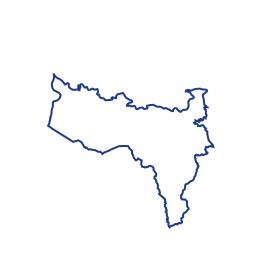 San Martín De Loba, Bolívar, Colombia, rotated 297°
{"feature_id": "7082276B59511587690039", "entity_name": "San Martín De Loba", "entity_type": "district", "adm_level": 2, "iso_a3": "COL", "parent_name": "Colombia", "parent_adm1": "Bolívar", "projection": "orthographic", "projection_center": [-73.999, 8.811], "detail": "fine", "context": "isolated", "style": "outline", "palette": "blue", "viewbox_px": 256, "rotation_deg": 297, "n_neighbors": 0, "source": "geoboundaries", "source_scale": "gbopen_adm2", "svg_char_len": 5892}
<svg xmlns="http://www.w3.org/2000/svg" viewBox="0 0 256 256"><g transform="rotate(297 128 128)"><path d="M59.3,210.5L60.3,210.6L61.0,211.7L62.2,213.0L62.6,213.2L63.2,213.2L63.9,213.8L64.1,214.3L64.5,214.8L64.5,215.6L65.2,215.6L65.5,216.1L66.5,216.5L66.8,217.3L66.8,218.0L67.1,218.3L67.8,218.4L68.4,219.0L68.8,218.9L69.3,218.2L71.7,216.4L73.4,217.5L74.2,217.4L75.3,216.6L77.0,216.5L77.7,216.6L79.7,218.0L81.2,218.0L83.3,218.8L84.0,218.4L85.1,216.1L86.4,215.6L87.3,214.9L89.3,214.0L89.8,212.8L90.2,211.1L89.7,210.5L89.3,209.1L88.9,208.7L88.9,208.3L89.7,207.2L90.7,206.6L91.4,206.4L91.9,205.7L93.2,206.3L95.2,206.1L97.3,205.4L99.0,206.4L101.0,205.8L102.9,205.0L103.8,204.9L105.8,206.6L108.8,207.9L111.0,209.6L112.4,209.8L114.6,209.3L115.8,209.8L118.6,209.0L121.3,208.7L122.3,208.0L123.4,208.3L123.9,208.0L124.7,208.3L125.2,208.1L125.6,207.7L126.1,208.0L126.3,207.6L127.0,207.0L127.4,205.9L128.2,205.8L128.3,204.6L128.9,203.8L129.7,203.1L130.2,202.4L131.3,202.2L131.9,201.1L133.2,200.3L134.4,200.4L135.1,201.0L134.8,202.2L135.0,202.4L135.5,202.0L136.1,204.4L136.6,205.0L138.1,205.8L138.2,206.2L137.9,206.6L137.9,207.1L140.9,210.0L141.8,210.2L142.3,210.0L142.3,209.6L142.0,208.7L143.3,207.6L143.6,206.9L144.1,206.3L145.1,206.5L146.5,206.1L146.9,206.8L147.0,207.8L147.4,208.2L147.9,208.2L149.5,209.8L149.5,211.0L149.9,212.6L151.1,211.6L151.3,210.9L152.4,208.7L152.8,207.3L154.0,205.2L158.8,201.2L160.8,200.4L161.1,198.5L161.4,197.8L161.7,197.6L162.9,197.7L163.2,195.7L163.9,195.2L164.4,194.0L164.3,192.9L163.8,192.4L163.5,192.3L163.2,191.8L162.7,191.6L161.6,189.7L162.2,189.5L163.0,188.0L162.8,186.7L162.1,186.0L162.7,184.5L163.7,185.4L164.5,185.2L165.4,184.7L165.3,185.9L165.9,186.9L165.6,188.7L166.1,188.8L166.7,187.2L167.7,187.4L168.1,187.9L169.1,188.7L169.1,189.1L168.1,189.1L167.9,189.5L168.0,190.2L168.9,191.0L169.9,191.3L170.6,190.9L171.9,190.6L172.3,191.0L172.5,191.5L172.1,192.7L173.2,192.3L174.4,192.5L175.3,192.1L175.6,191.3L176.0,191.0L179.4,189.2L179.4,188.8L179.8,188.5L179.9,188.1L179.7,187.7L180.6,186.9L180.8,187.1L181.1,186.8L181.5,186.8L181.5,187.2L181.9,187.0L182.1,187.2L182.1,188.3L182.5,189.1L182.9,187.9L182.5,187.6L183.0,187.0L183.3,186.2L183.0,186.1L183.2,185.7L189.1,181.5L190.4,180.2L191.1,179.8L192.3,179.7L193.6,180.5L196.3,181.6L197.1,181.6L197.5,181.2L197.5,180.2L197.1,178.9L196.0,176.4L195.8,174.3L193.8,171.0L192.1,169.0L190.6,168.0L190.0,167.3L189.7,166.5L189.6,165.4L189.1,164.1L188.0,162.8L186.9,162.9L187.7,165.1L187.7,167.0L187.3,168.1L186.4,169.5L186.2,171.0L185.7,172.2L185.0,172.8L184.0,172.6L182.6,170.9L181.8,170.2L179.8,169.8L178.5,169.9L175.7,171.8L174.9,172.1L172.1,172.3L170.9,171.7L169.9,170.4L169.6,169.5L169.1,168.8L166.2,167.5L166.2,165.4L167.4,162.8L167.5,161.9L166.9,160.8L165.6,160.1L164.8,160.0L163.5,160.5L163.3,160.3L162.9,158.6L163.1,156.6L162.9,154.9L163.0,152.9L162.8,152.3L161.8,151.5L161.5,151.0L161.7,149.8L161.7,147.5L160.1,143.7L160.2,140.3L159.1,138.2L156.6,135.0L156.2,134.9L154.8,136.2L154.1,136.2L152.2,133.7L152.2,133.3L152.8,132.2L152.8,131.4L151.2,129.3L149.5,128.2L148.9,127.5L148.9,126.4L150.3,124.7L150.5,124.1L150.5,123.6L148.7,121.0L148.8,119.2L147.7,118.0L147.3,117.1L148.0,116.7L149.4,116.8L150.7,117.5L152.5,119.6L153.3,119.7L154.0,119.2L154.2,118.5L153.8,117.0L154.1,112.7L154.5,111.7L156.9,107.8L154.4,104.7L153.4,103.7L152.6,103.2L151.0,103.0L150.2,103.3L149.4,103.9L149.1,103.8L148.8,103.3L148.7,101.5L148.3,100.2L147.7,99.8L147.2,99.8L146.6,100.3L146.6,101.1L146.2,101.1L144.3,98.5L142.5,95.2L143.1,93.7L143.3,92.7L142.4,89.6L142.9,88.5L144.2,87.6L144.6,87.0L143.9,85.8L143.9,85.4L144.6,84.9L146.1,85.0L147.2,84.6L148.3,83.7L148.7,83.0L147.0,80.9L147.1,79.2L146.8,78.1L144.7,76.8L144.2,75.8L144.1,75.1L144.4,74.4L145.9,72.9L145.8,72.6L144.8,71.7L144.4,70.9L145.9,68.1L146.1,67.1L145.9,66.6L145.4,66.0L144.6,65.8L143.3,66.8L142.5,67.1L141.6,67.1L141.3,66.7L141.4,66.3L141.8,65.7L143.2,64.9L143.3,64.5L142.9,64.5L140.6,66.0L140.0,67.6L139.6,67.7L139.4,67.2L139.6,65.7L137.4,62.5L137.0,60.9L137.1,58.8L137.7,57.0L138.5,56.3L140.6,54.9L140.7,54.4L140.4,53.5L139.4,52.9L138.7,52.8L138.2,52.2L140.1,48.0L140.5,45.6L140.5,41.7L141.2,39.2L142.8,37.0L139.7,39.1L137.2,39.7L135.4,39.7L133.2,40.0L131.5,40.8L129.7,42.2L128.5,43.7L128.0,45.1L128.0,50.3L127.5,51.7L126.6,53.1L123.8,53.6L122.2,53.2L120.6,52.5L117.8,49.6L116.6,49.5L113.9,50.9L111.8,51.5L109.8,51.7L105.7,53.4L104.1,53.8L102.0,54.0L102.0,54.3L95.9,55.8L93.8,55.8L93.5,57.4L93.6,57.5L93.6,58.4L93.0,60.5L90.8,85.3L90.8,85.7L92.1,86.6L92.5,87.6L93.8,88.5L94.4,89.4L94.3,92.8L92.7,95.3L92.5,95.9L91.0,97.9L91.4,98.4L91.1,99.3L91.8,100.0L91.1,101.7L91.0,103.1L91.9,103.8L92.4,106.1L93.4,109.2L93.2,110.7L93.4,112.4L93.8,113.4L94.3,114.1L93.3,117.0L95.0,117.7L97.9,120.1L99.2,121.4L100.6,122.2L107.7,128.2L108.7,130.0L108.9,130.6L109.4,131.1L109.8,131.9L111.9,136.3L110.5,138.6L109.4,142.2L108.0,142.6L106.8,143.5L106.4,144.5L104.5,146.2L103.0,148.9L102.8,149.7L103.0,150.1L104.8,150.9L105.3,150.8L105.3,155.0L102.6,155.8L101.5,156.4L99.9,158.1L100.6,160.1L100.6,161.4L101.5,162.0L102.6,163.6L103.7,164.0L104.4,165.0L104.7,167.6L103.7,169.1L102.4,169.7L101.9,170.3L100.8,172.6L100.1,173.7L99.3,174.4L97.6,174.7L97.0,173.7L96.8,173.7L95.0,174.5L94.8,175.6L94.4,176.4L92.5,178.1L91.4,179.9L89.8,181.2L87.9,181.6L87.6,182.8L87.1,183.8L85.0,185.7L84.4,185.9L83.7,185.6L83.3,185.7L82.9,186.9L82.6,188.3L82.7,188.9L82.2,189.9L81.9,191.8L81.6,192.3L81.5,192.9L80.8,193.2L80.7,193.7L79.9,194.1L79.5,194.8L78.5,194.8L78.4,195.5L78.0,196.0L76.3,195.6L75.4,196.1L75.1,196.4L75.0,196.9L74.3,197.4L73.8,198.4L72.9,198.8L72.4,199.8L71.6,199.8L70.6,200.6L70.3,200.6L70.2,200.2L69.0,201.8L67.9,202.1L66.9,203.1L66.0,204.4L65.2,204.3L64.9,204.6L64.8,204.4L64.9,204.1L64.7,203.9L64.1,204.2L63.5,204.7L63.5,205.4L62.9,205.8L62.3,205.7L62.5,206.3L62.1,206.8L62.1,207.2L60.4,207.7L58.8,209.3L58.5,210.0L59.1,210.0L59.3,210.5Z" fill="none" stroke="#1e3a8a" stroke-width="2"/></g></svg>